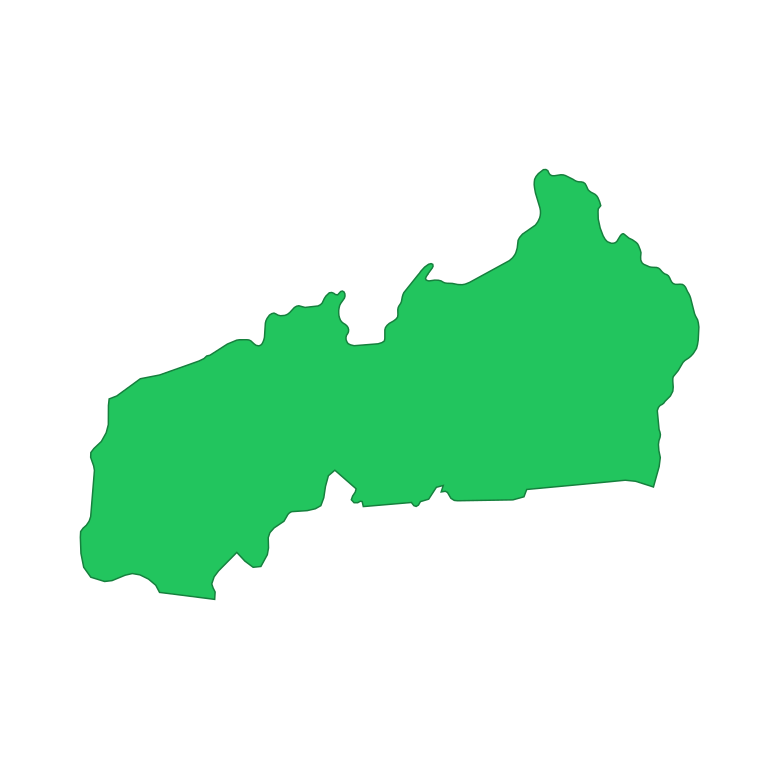 SVG path tracing the border of Upper East, rotated 174°
{"feature_id": "GHA-2156", "entity_name": "Upper East", "entity_type": "Region", "adm_level": 1, "iso_a3": "GHA", "parent_name": "Ghana", "parent_adm1": "", "projection": "robinson", "projection_center": [-0.916, 10.731], "detail": "fine", "context": "isolated", "style": "filled", "palette": "green", "viewbox_px": 768, "rotation_deg": 174, "n_neighbors": 0, "source": "natural_earth", "source_scale": "10m", "svg_char_len": 4319}
<svg xmlns="http://www.w3.org/2000/svg" viewBox="0 0 768 768"><g transform="rotate(174 384 384)"><path d="M629.0,200.2L632.0,207.7L638.6,214.6L646.7,219.7L654.1,221.8L661.4,220.9L675.0,216.9L682.5,216.8L695.8,222.5L701.8,233.1L703.1,247.2L702.0,263.3L701.1,269.0L698.3,272.1L694.8,274.6L691.6,278.4L689.6,282.7L681.0,328.4L681.3,332.8L683.4,341.7L682.7,346.5L679.2,350.2L671.1,356.4L665.4,364.5L662.4,372.4L660.3,391.4L658.9,397.9L651.1,400.0L625.8,414.7L606.4,416.4L565.6,426.2L560.4,428.1L557.4,430.4L554.1,430.8L535.6,440.1L525.9,443.0L523.2,443.1L516.0,442.4L513.7,441.9L511.9,440.8L509.0,437.5L507.3,435.9L504.6,435.0L502.6,435.5L501.0,436.8L499.8,438.7L498.8,440.7L498.0,443.0L495.6,457.0L494.8,459.2L493.4,461.5L490.7,464.5L488.3,465.7L486.0,466.0L484.2,465.0L482.3,463.6L479.8,462.7L475.4,462.6L472.7,463.4L470.3,464.9L465.2,469.4L462.8,470.5L460.5,470.7L454.5,468.4L441.5,468.5L438.9,469.5L437.0,471.0L434.4,475.3L432.5,477.6L428.9,480.4L426.5,480.5L424.5,479.5L423.0,478.1L420.8,477.5L417.4,480.5L415.7,480.8L414.2,479.8L413.5,477.8L413.6,475.5L414.4,473.5L418.6,468.7L419.8,466.9L420.6,464.7L421.3,462.2L421.6,459.6L421.7,456.9L421.3,454.3L420.6,451.9L419.5,450.1L418.0,448.6L416.3,447.3L414.9,445.8L413.9,444.0L413.5,441.7L413.9,439.6L414.8,438.0L416.1,436.5L416.9,434.5L417.1,432.1L416.5,429.9L415.5,427.9L413.1,426.4L409.7,425.2L385.7,424.6L381.7,425.4L379.1,426.8L378.4,429.2L377.5,437.7L376.6,440.0L374.8,442.0L372.3,443.8L367.9,445.7L365.3,447.3L363.5,449.1L362.9,451.5L362.5,456.5L361.9,458.5L361.1,459.9L359.2,462.2L358.1,464.0L356.7,468.7L355.8,470.9L354.7,472.8L338.9,488.8L336.9,490.7L335.7,492.2L331.4,496.0L327.2,498.4L324.6,498.8L323.0,497.9L322.9,496.0L323.9,494.3L328.7,489.0L328.7,488.8L328.8,488.8L330.8,486.3L331.7,484.6L331.1,482.9L328.7,481.8L322.6,482.0L319.1,481.5L316.5,480.6L314.8,479.3L313.0,478.2L310.7,477.6L305.6,476.9L300.2,475.2L295.9,474.6L292.9,474.8L288.3,476.1L246.4,493.6L243.0,496.0L241.6,497.5L240.2,499.1L239.1,500.9L237.3,505.3L235.6,512.9L233.7,515.7L230.6,518.6L216.8,526.2L214.0,529.3L211.8,533.0L211.0,535.2L210.5,537.6L210.3,540.1L210.5,542.8L213.4,558.1L213.8,563.6L213.8,566.6L213.4,569.3L212.8,571.8L211.1,574.5L208.5,577.1L203.1,580.5L200.6,580.4L198.8,579.1L198.1,576.9L197.1,574.9L195.2,573.6L192.6,573.3L186.2,573.6L183.8,573.2L181.7,572.3L174.6,567.8L173.0,566.5L171.2,565.4L169.1,564.7L166.8,564.4L164.7,563.7L163.1,562.3L162.2,560.3L160.7,555.8L159.3,554.2L157.8,552.9L155.9,551.7L154.2,550.5L152.8,548.9L151.8,547.0L150.5,542.7L149.8,538.7L152.6,535.8L153.1,533.2L153.7,525.7L152.7,516.5L150.6,508.5L148.9,504.7L147.0,502.2L143.3,500.2L141.0,500.0L139.1,500.4L137.4,501.6L133.6,506.6L132.2,507.9L131.1,508.4L130.2,508.4L129.3,507.7L125.2,503.5L121.8,501.4L118.7,498.7L117.3,497.1L116.4,495.1L115.1,490.3L114.7,487.7L115.5,483.5L115.7,480.5L114.7,477.5L113.2,475.9L107.6,472.7L105.4,472.1L100.7,471.4L98.8,470.5L97.5,469.2L95.8,466.7L94.7,465.4L93.2,464.1L91.3,463.2L89.8,461.8L88.8,459.7L88.1,457.5L87.2,455.3L85.9,453.7L84.0,452.7L81.5,452.4L79.1,452.3L76.7,451.8L75.2,450.5L74.0,448.7L72.5,444.2L71.5,442.1L70.7,439.9L70.1,437.5L67.8,421.5L67.1,419.1L65.4,415.0L65.0,411.9L64.9,407.7L66.9,394.9L68.1,390.4L69.5,386.7L73.3,381.9L75.9,379.6L78.3,378.0L82.2,376.0L84.4,374.2L90.0,366.6L95.6,361.0L96.2,359.2L96.5,356.5L96.7,350.7L97.5,346.7L100.4,342.2L106.4,337.3L107.8,335.7L109.6,334.6L111.7,333.8L113.6,331.9L115.0,328.9L115.2,309.9L114.6,307.3L114.4,304.7L115.0,302.2L116.5,298.9L117.4,295.2L117.6,289.0L116.9,282.0L119.0,273.1L126.8,253.4L130.8,255.2L144.1,261.0L154.1,263.1L204.9,263.6L253.1,264.2L256.6,257.2L267.9,255.3L323.0,260.2L326.3,260.9L329.4,263.3L332.2,269.5L334.2,270.9L338.4,270.7L335.7,276.9L342.7,275.8L351.6,264.8L360.1,263.2L362.4,260.0L364.8,258.9L367.0,259.9L369.1,263.2L369.1,263.3L414.6,264.2L417.4,264.3L418.0,269.4L419.7,269.9L422.5,268.7L426.2,269.1L428.6,272.3L426.9,275.9L423.9,279.5L422.7,282.7L441.9,303.4L448.9,298.6L452.9,288.3L455.8,277.1L459.5,269.6L465.3,267.1L473.6,266.1L489.1,266.7L490.5,266.2L491.8,265.5L493.0,264.5L494.0,263.3L494.0,263.2L497.8,258.0L508.3,252.4L513.0,248.1L515.2,243.3L516.0,233.0L517.9,226.4L525.5,215.4L533.3,215.4L540.8,222.3L548.0,231.9L568.0,215.5L573.1,210.0L576.2,203.2L575.3,199.1L573.7,194.8L574.9,187.5L629.0,200.2Z" fill="#22c55e" stroke="#15803d" stroke-width="1.5"/></g></svg>